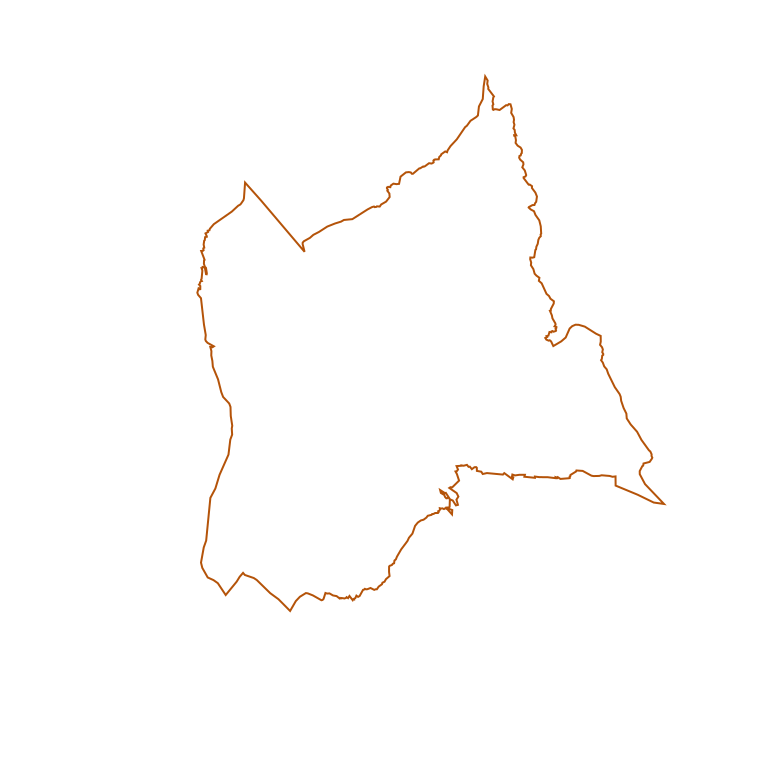 "Øvre Eiker" nor, Buskerud, Norway (Robinson projection), rotated 60°
{"feature_id": "86288312B28419209750879", "entity_name": "\"Øvre Eiker\" nor", "entity_type": "district", "adm_level": 2, "iso_a3": "NOR", "parent_name": "Norway", "parent_adm1": "Buskerud", "projection": "robinson", "projection_center": [9.827, 59.744], "detail": "fine", "context": "isolated", "style": "outline", "palette": "amber", "viewbox_px": 768, "rotation_deg": 60, "n_neighbors": 0, "source": "geoboundaries", "source_scale": "gbopen_adm2", "svg_char_len": 6165}
<svg xmlns="http://www.w3.org/2000/svg" viewBox="0 0 768 768"><g transform="rotate(60 384 384)"><path d="M452.4,633.3L463.4,633.4L468.6,629.7L473.4,627.5L487.6,626.6L481.5,610.4L478.8,605.4L477.1,600.5L479.8,600.0L486.9,593.8L490.1,592.2L508.3,587.1L517.6,583.0L533.6,578.8L527.9,568.9L526.2,563.2L526.0,556.2L527.2,554.7L531.5,551.3L540.0,546.3L540.3,545.2L539.9,543.8L535.7,539.2L537.0,538.1L538.1,535.9L541.6,533.9L544.0,531.1L547.5,529.7L547.3,529.0L548.2,528.5L548.1,527.8L550.0,525.4L550.3,523.7L549.9,523.0L551.5,522.2L550.3,519.9L555.5,519.2L555.0,518.5L555.7,517.6L555.0,517.2L555.1,515.9L553.5,513.7L555.4,512.9L555.4,511.1L551.8,505.1L552.1,504.3L551.8,503.0L552.8,502.3L553.4,501.0L553.9,497.7L557.4,495.4L557.6,493.8L558.2,492.8L556.8,489.9L556.4,485.9L555.3,484.7L555.5,482.4L554.0,479.9L553.1,475.2L549.3,473.6L544.7,470.9L544.3,470.1L544.7,467.7L544.1,466.3L544.3,464.9L542.1,463.2L541.8,461.4L540.0,459.1L535.8,451.8L531.7,442.2L529.6,439.2L527.8,434.2L522.4,428.0L520.9,424.0L520.6,420.3L521.3,417.6L520.9,414.1L520.0,412.0L521.1,408.2L520.7,407.4L521.3,406.0L521.3,404.2L522.7,401.7L522.3,400.8L521.3,400.7L521.4,399.5L520.7,398.3L519.5,397.8L520.4,396.9L520.9,395.6L522.3,394.6L522.2,393.0L524.2,391.7L530.9,390.3L527.3,387.9L523.5,391.1L522.5,391.2L523.4,389.4L523.2,388.6L516.8,384.6L514.2,385.0L514.5,386.6L514.1,387.2L512.4,387.6L510.2,387.3L506.8,389.2L503.9,388.4L509.1,385.7L509.2,384.9L516.9,384.5L519.3,382.7L525.1,382.4L525.6,380.4L520.4,379.1L518.7,375.9L514.8,375.6L506.7,379.4L506.6,378.1L507.6,376.5L505.2,367.3L498.5,365.9L495.5,365.8L495.9,364.6L495.1,362.7L491.4,362.2L493.6,357.6L493.3,357.5L494.6,355.9L495.5,352.6L498.0,352.2L498.5,351.0L501.7,350.5L501.3,347.3L502.0,345.8L502.9,345.5L505.7,347.0L508.6,343.6L511.3,343.5L512.6,339.4L521.9,326.3L521.3,324.4L530.9,320.2L529.5,318.7L528.0,319.3L526.6,318.1L528.7,316.2L530.3,312.2L533.1,307.4L534.5,308.8L540.7,300.2L539.6,299.6L542.3,296.1L546.6,288.8L551.7,282.0L551.9,281.6L550.8,281.6L551.7,280.7L551.5,280.1L554.4,278.7L558.2,270.7L558.3,270.1L557.0,269.5L557.1,268.9L556.0,268.0L555.8,261.4L555.1,260.6L558.6,255.4L567.1,250.2L568.5,248.6L571.2,243.6L571.9,241.1L576.5,234.5L578.6,232.5L579.8,229.7L587.8,234.2L606.7,219.7L621.5,209.7L627.9,201.5L601.2,208.0L590.0,207.6L587.3,206.1L584.3,201.4L584.3,200.4L582.6,199.0L584.3,192.9L582.7,189.5L582.0,188.5L580.1,188.3L578.7,187.4L575.6,187.1L573.9,187.7L561.2,189.0L551.9,188.7L542.4,190.6L535.2,191.0L530.8,188.9L524.6,188.5L517.1,187.0L513.4,185.4L510.5,185.0L502.1,185.7L487.3,184.7L482.6,183.8L478.9,184.5L474.9,183.8L471.9,184.1L471.2,182.8L468.5,180.8L468.4,179.6L467.6,179.1L465.6,179.1L463.5,177.2L461.2,176.8L458.1,177.3L455.7,175.1L450.7,172.3L446.5,175.2L434.7,181.4L430.1,185.8L428.4,188.5L428.0,192.1L428.8,195.5L434.6,203.4L435.7,209.2L435.8,218.4L430.7,218.0L429.0,218.6L428.8,219.7L426.8,221.2L424.8,221.3L424.9,219.3L423.8,219.3L424.3,217.4L421.7,214.7L422.9,213.2L422.2,212.6L422.4,211.6L423.5,211.0L424.0,208.7L423.4,208.0L422.0,207.9L421.7,206.8L420.9,206.2L419.4,207.5L418.5,205.8L417.2,205.3L411.4,205.3L408.5,204.3L403.6,203.7L403.9,202.9L402.5,202.0L399.2,196.8L397.3,195.5L393.4,197.2L390.3,197.1L387.2,198.2L375.6,197.1L372.1,198.3L369.7,196.3L366.4,197.8L363.8,198.4L359.2,197.2L354.6,197.4L352.4,195.8L349.0,195.0L347.6,194.0L348.9,192.1L349.3,190.5L343.6,185.9L343.4,185.0L341.3,183.4L339.5,180.8L336.4,178.3L335.0,176.4L334.4,174.3L332.8,173.6L332.4,172.7L325.8,169.4L319.9,167.7L313.3,168.3L309.4,167.7L306.1,169.7L303.5,170.5L303.2,170.1L303.3,166.0L304.2,164.2L303.0,162.8L302.3,161.1L298.1,157.8L293.9,157.2L288.2,157.9L286.7,156.9L284.1,158.1L284.0,158.8L283.4,159.1L275.4,160.1L274.7,159.7L275.0,157.7L274.2,156.4L269.5,155.3L265.5,155.9L263.5,153.4L261.6,152.6L257.7,153.9L255.6,153.8L254.2,152.6L254.4,151.3L253.0,149.9L252.9,149.2L250.2,147.5L247.5,147.5L244.4,149.1L241.0,149.5L238.8,147.8L234.8,146.4L234.2,147.1L233.6,146.9L234.7,145.1L231.9,145.0L229.3,143.8L227.4,144.1L224.7,141.4L222.0,140.8L220.2,139.3L217.6,138.3L212.8,138.3L209.7,135.8L205.0,134.6L204.0,136.0L204.5,137.7L203.6,138.8L204.5,146.9L202.4,149.2L201.4,150.6L201.3,152.2L200.7,152.5L197.1,150.8L196.5,149.5L193.6,148.7L190.4,146.0L190.0,145.0L180.6,146.2L179.3,145.3L175.8,144.6L173.0,142.5L168.3,142.6L176.0,148.8L186.6,156.0L191.1,163.0L198.4,168.4L198.9,170.5L199.3,177.5L201.8,183.1L202.1,185.3L208.5,198.6L211.2,207.4L213.5,212.1L214.8,213.5L213.2,214.7L213.7,219.6L214.5,220.4L215.0,222.6L216.8,224.3L215.0,227.5L215.2,228.2L214.9,228.6L215.2,229.5L216.9,230.2L217.0,231.0L216.9,232.5L215.3,234.6L215.9,239.7L215.7,241.0L215.2,241.3L215.3,244.8L214.9,245.6L216.4,253.9L215.8,254.8L214.2,255.0L212.9,256.5L211.7,259.2L212.7,266.0L218.2,270.9L217.2,273.2L215.2,275.7L215.5,278.9L216.7,280.1L215.3,281.9L215.3,283.2L215.9,283.6L217.9,283.6L218.3,284.5L221.7,284.1L224.9,285.6L227.1,291.0L227.1,296.7L228.2,299.0L226.6,301.3L226.8,302.0L226.2,303.6L225.3,303.9L224.8,305.9L224.6,310.9L225.4,329.0L221.9,336.7L221.9,340.0L220.5,346.2L219.3,354.4L219.8,364.3L219.5,370.6L220.4,375.1L220.3,382.0L220.9,383.7L222.1,384.5L229.8,386.7L163.8,398.7L140.1,403.6L153.1,412.4L154.5,413.8L156.3,417.6L156.7,418.7L156.7,421.2L158.6,429.6L160.5,451.5L162.5,457.2L163.6,458.3L163.1,460.0L164.4,460.4L164.3,463.3L167.5,463.6L167.8,463.8L167.4,464.3L167.8,465.2L167.5,465.6L169.8,467.3L170.0,468.1L173.1,470.5L176.1,471.5L176.1,472.5L176.6,473.0L177.9,473.3L178.1,474.4L177.4,475.8L186.8,477.3L186.9,478.0L189.9,479.9L192.8,480.5L194.4,480.1L199.6,482.1L200.3,482.7L199.9,483.2L193.5,480.9L191.9,482.6L193.0,483.6L192.6,484.1L195.0,484.6L201.6,489.3L202.3,490.3L203.7,490.3L203.4,491.1L204.0,492.5L205.1,493.4L205.4,494.5L207.3,494.1L210.0,495.7L209.9,496.2L208.5,496.8L211.6,500.0L213.8,500.4L218.2,499.6L242.5,510.2L252.5,513.9L256.1,516.5L257.7,516.8L260.2,516.2L266.3,512.5L266.4,514.3L265.1,515.9L269.2,517.0L272.9,519.3L278.2,521.1L283.5,523.6L297.0,525.4L309.7,529.0L314.8,529.8L323.5,527.8L327.1,528.4L335.1,532.7L344.3,536.3L346.4,538.1L351.9,540.8L355.3,544.9L367.4,554.0L380.4,571.8L390.2,582.3L395.8,591.3L430.7,616.3L435.4,621.8L447.2,631.8L452.4,633.3Z" fill="none" stroke="#b45309" stroke-width="2"/></g></svg>